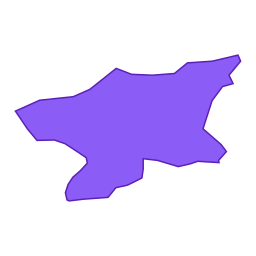 Grästorp, Västra Götaland, Sweden
{"feature_id": "70781695B12491812596610", "entity_name": "Grästorp", "entity_type": "district", "adm_level": 2, "iso_a3": "SWE", "parent_name": "Sweden", "parent_adm1": "Västra Götaland", "projection": "natural_earth1", "projection_center": [12.708, 58.339], "detail": "fine", "context": "isolated", "style": "filled", "palette": "violet", "viewbox_px": 256, "rotation_deg": 0, "n_neighbors": 0, "source": "geoboundaries", "source_scale": "gbopen_adm2", "svg_char_len": 664}
<svg xmlns="http://www.w3.org/2000/svg" viewBox="0 0 256 256"><path d="M233.1,83.6L229.0,75.2L240.6,61.2L238.0,55.1L212.1,61.2L187.4,62.9L174.4,73.5L152.3,75.2L131.5,74.3L116.2,68.4L89.8,89.4L73.2,96.7L39.7,100.2L15.4,111.1L27.5,129.0L37.0,140.4L54.3,140.0L64.9,143.6L77.2,151.6L86.2,157.7L87.3,163.1L80.4,170.7L72.9,177.2L68.1,184.4L65.4,192.7L67.0,199.9L69.1,200.9L83.3,199.2L108.0,197.4L115.9,187.7L127.6,185.1L141.9,178.0L143.2,169.2L143.2,158.7L157.5,160.4L178.3,166.6L190.0,163.9L197.8,161.3L219.0,162.6L218.6,160.4L226.4,151.6L221.2,144.6L212.1,136.7L203.0,128.8L212.1,100.6L222.5,86.6L233.1,83.6Z" fill="#8b5cf6" stroke="#5b21b6" stroke-width="1.5"/></svg>